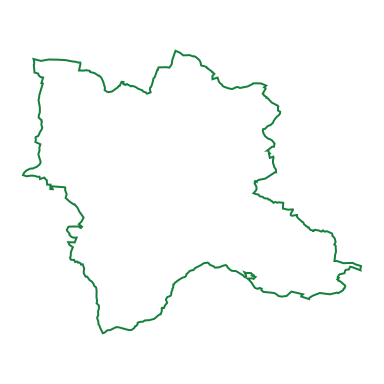 the district of Zalau, Salaj, Romania
{"feature_id": "2599482B75306965992647", "entity_name": "Zalau", "entity_type": "district", "adm_level": 2, "iso_a3": "ROU", "parent_name": "Romania", "parent_adm1": "Salaj", "projection": "natural_earth1", "projection_center": [23.08, 47.176], "detail": "fine", "context": "isolated", "style": "outline", "palette": "green", "viewbox_px": 384, "rotation_deg": 0, "n_neighbors": 0, "source": "geoboundaries", "source_scale": "gbopen_adm2", "svg_char_len": 5852}
<svg xmlns="http://www.w3.org/2000/svg" viewBox="0 0 384 384"><path d="M172.4,290.0L172.4,288.6L173.2,287.6L173.3,284.6L174.0,284.4L174.5,283.2L178.2,280.3L181.8,278.0L185.6,276.6L186.4,274.8L186.5,274.0L188.3,272.6L189.5,271.1L191.7,270.3L193.5,270.1L194.9,268.2L201.4,264.9L203.5,263.3L207.6,262.6L209.1,263.5L209.6,264.7L213.9,266.5L214.6,267.5L215.3,267.6L218.8,267.4L224.0,265.4L225.7,265.1L226.9,265.8L227.2,266.8L228.3,268.1L230.6,270.1L231.8,270.8L235.9,271.1L236.9,271.6L243.3,275.5L244.4,276.9L245.3,277.2L246.2,276.6L245.7,274.5L244.5,272.3L246.7,273.2L248.0,272.9L251.2,273.2L251.5,273.8L253.3,275.0L252.2,275.7L255.5,276.9L253.6,278.9L252.3,278.3L247.6,278.6L248.6,279.3L251.9,283.1L253.3,285.6L255.0,287.8L256.6,288.6L258.5,288.7L259.5,287.9L261.7,288.7L261.4,290.2L263.5,291.9L274.2,293.0L276.7,294.4L278.5,296.0L281.7,296.6L286.5,296.0L291.4,291.6L303.0,294.3L301.2,296.0L301.2,296.5L309.1,299.1L309.4,297.9L309.9,297.4L313.0,295.6L319.8,293.0L330.1,294.3L337.1,292.6L338.2,293.2L342.4,290.7L343.2,290.0L343.5,289.0L344.5,288.4L344.5,287.5L345.2,286.8L345.2,285.6L340.5,281.5L338.3,280.6L338.5,280.1L337.3,279.3L338.8,277.8L337.7,277.1L338.4,275.8L339.6,274.3L344.2,273.3L344.7,272.7L345.1,270.6L345.9,269.9L348.9,269.4L350.2,266.7L352.0,267.1L360.5,270.3L360.4,269.4L361.0,266.0L355.8,264.5L352.7,262.9L343.4,263.2L337.2,261.1L334.4,261.0L335.1,256.2L335.0,255.1L336.0,251.9L335.6,245.6L334.3,244.6L335.6,242.1L334.8,238.6L333.4,236.6L332.5,236.0L332.3,234.2L331.9,233.5L327.2,231.3L324.3,231.6L323.0,230.4L321.3,231.6L319.0,230.6L315.3,229.8L314.2,230.1L313.7,231.0L312.9,231.0L312.7,230.5L310.5,229.9L309.2,228.4L308.9,227.5L308.1,227.6L307.3,226.6L306.2,226.3L305.7,225.5L304.2,224.5L303.2,222.3L302.3,221.9L298.4,218.5L297.0,216.7L297.0,215.0L292.4,215.7L291.5,215.7L290.7,214.9L290.8,213.5L292.9,210.1L292.8,209.4L288.0,209.7L282.9,208.5L283.2,202.8L278.9,202.3L277.3,202.7L275.4,202.0L273.4,202.8L272.3,201.4L271.4,201.2L269.9,199.7L268.5,199.6L267.9,198.7L264.2,198.2L262.8,196.9L259.8,196.3L258.4,194.5L256.5,194.3L253.5,193.2L256.2,190.1L256.6,188.7L256.2,186.2L254.7,183.6L255.0,183.3L254.7,181.7L254.9,181.2L255.7,181.1L256.8,181.9L257.0,181.0L258.7,179.9L265.3,178.6L275.0,172.3L276.1,172.3L275.8,169.2L274.4,167.4L273.0,162.9L273.0,159.8L273.5,158.1L273.3,156.7L269.9,157.9L268.9,153.6L269.8,153.4L268.5,151.6L268.5,150.4L267.3,150.5L272.2,146.7L273.9,146.8L274.6,143.6L272.0,140.4L270.3,139.3L268.4,138.8L265.3,136.4L263.5,133.4L262.8,130.6L263.0,129.3L265.2,128.7L267.6,126.2L269.1,125.4L270.2,125.3L273.1,122.7L273.5,121.3L275.2,118.7L277.0,116.6L279.0,115.0L280.0,113.5L280.1,111.7L278.0,110.5L278.0,107.2L278.3,106.3L277.9,105.8L271.7,102.5L267.8,98.3L266.3,97.8L266.5,97.0L264.2,95.7L263.7,95.1L263.6,94.4L262.7,93.7L265.6,88.7L265.4,88.1L264.1,87.4L266.2,85.6L260.8,83.4L255.3,83.3L253.0,83.4L252.5,84.0L247.8,86.4L241.0,87.8L239.6,87.9L237.9,87.0L235.9,87.3L233.1,88.7L231.7,89.0L228.0,88.2L224.1,86.8L222.8,86.1L222.1,84.8L220.0,83.1L218.9,81.7L217.6,77.6L212.5,79.2L212.4,76.2L214.3,73.8L212.1,72.1L212.3,71.8L207.0,68.0L207.2,67.7L206.7,67.3L205.0,66.4L201.5,65.6L201.0,65.1L200.6,62.4L199.5,60.3L196.2,57.3L194.2,56.2L193.5,56.5L189.5,55.1L183.3,55.4L180.1,52.8L175.5,50.8L172.4,59.6L171.7,64.2L169.5,67.6L166.3,67.2L158.5,67.4L157.9,69.8L157.3,69.8L154.7,77.3L153.5,78.3L152.5,82.9L151.2,86.7L150.0,88.0L150.1,90.7L150.7,92.1L150.4,92.5L147.0,93.7L145.8,92.5L143.2,91.5L142.3,90.3L138.7,89.0L135.4,86.9L132.1,85.8L131.1,86.4L127.0,84.1L125.6,84.9L124.7,84.2L124.1,84.5L123.1,83.7L123.4,81.9L121.6,81.8L119.6,86.0L118.9,85.9L117.7,87.4L112.2,91.4L108.8,92.2L106.5,91.5L104.6,90.0L105.0,88.0L103.1,81.5L101.2,77.5L99.2,75.7L98.9,75.9L94.2,72.9L90.7,72.2L90.0,71.7L90.0,71.1L89.1,70.7L85.9,70.2L84.1,70.6L79.0,70.5L80.5,63.6L80.2,62.5L78.0,62.5L75.4,61.7L72.7,61.5L65.5,60.1L58.0,59.7L48.7,59.5L41.0,60.9L33.5,59.0L34.2,61.7L34.2,64.3L33.8,64.8L34.5,72.5L38.2,73.6L38.7,75.3L39.8,76.4L40.7,77.1L43.1,77.5L41.4,83.2L42.8,83.5L39.3,95.2L39.1,97.9L38.5,100.1L39.8,107.1L39.9,110.1L39.8,112.7L38.8,115.3L38.7,117.7L41.5,120.1L41.3,120.9L41.9,121.7L41.4,123.5L41.5,125.4L42.3,127.7L41.6,129.6L39.6,132.6L39.5,133.3L38.2,136.0L35.8,137.0L35.5,137.7L35.8,139.6L35.4,142.0L40.4,144.3L39.4,147.4L39.5,150.6L38.5,153.6L38.5,155.0L40.4,161.0L40.6,162.6L39.4,164.7L36.8,166.8L32.7,168.5L30.2,168.6L26.2,170.6L23.8,173.2L23.0,175.1L26.6,176.3L31.2,175.6L34.2,175.8L37.7,176.8L39.5,176.7L40.0,179.0L44.4,177.6L45.6,179.3L46.7,180.0L47.2,184.7L50.5,184.7L50.3,189.1L52.7,189.2L52.0,187.4L51.8,186.4L52.0,186.3L65.0,187.3L65.3,187.7L65.1,190.0L66.7,194.3L65.6,197.9L69.9,201.8L74.1,204.6L74.6,204.3L77.6,207.9L79.4,211.7L83.6,217.6L81.4,221.7L78.8,224.2L82.0,226.7L81.0,227.9L80.3,227.8L78.7,226.5L68.9,226.6L68.3,227.0L66.9,229.8L67.1,230.8L69.5,233.6L69.4,234.8L71.6,237.0L73.7,237.7L76.6,237.6L74.7,242.4L68.2,242.2L69.5,244.9L72.9,247.2L70.9,252.1L70.7,256.1L70.0,257.7L70.5,258.3L70.5,259.2L71.3,259.9L74.1,259.9L75.1,262.0L77.1,261.5L77.9,262.6L78.6,262.3L80.5,263.3L81.0,264.6L82.7,264.3L84.2,268.5L83.7,271.8L83.9,273.6L85.6,276.7L87.1,276.6L89.7,280.2L91.9,281.6L92.7,282.7L93.7,284.2L94.3,286.0L95.8,287.1L96.2,287.9L96.6,290.7L96.5,297.5L97.1,300.8L96.6,303.2L98.7,305.3L99.0,306.6L98.8,309.0L98.0,311.7L98.3,315.2L97.3,317.0L97.3,318.8L98.3,321.3L98.5,324.3L99.4,325.6L100.0,327.5L102.8,333.2L104.8,332.5L107.3,330.3L110.1,330.1L116.0,327.2L118.7,327.3L127.4,329.7L130.3,330.1L131.8,329.8L134.0,328.2L134.7,327.4L134.9,326.4L136.5,325.7L137.6,324.1L137.6,322.8L137.9,322.6L140.1,321.9L143.1,321.6L145.0,320.4L149.2,320.2L154.3,318.8L158.5,315.2L159.5,314.5L160.6,314.4L161.8,311.1L161.7,308.1L162.0,307.8L163.8,308.1L164.1,307.9L164.3,306.8L165.4,304.8L167.0,303.1L167.1,302.5L166.0,300.0L166.0,299.3L167.3,297.1L170.6,295.8L171.1,294.9L171.5,291.7L172.4,290.0Z" fill="none" stroke="#15803d" stroke-width="2"/></svg>